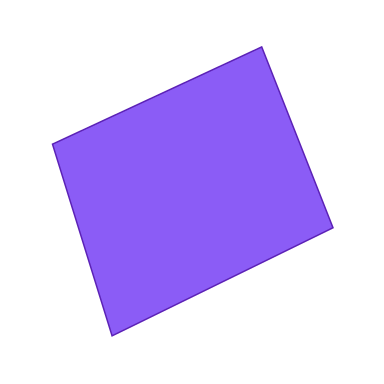 map outline of City of Saint George (orthographic projection), rotated 187°
{"feature_id": "BMU-5135", "entity_name": "City of Saint George", "entity_type": "state/province", "adm_level": 1, "iso_a3": "BMU", "parent_name": "Bermuda", "parent_adm1": "", "projection": "orthographic", "projection_center": [-64.674, 32.375], "detail": "fine", "context": "isolated", "style": "filled", "palette": "violet", "viewbox_px": 384, "rotation_deg": 187, "n_neighbors": 0, "source": "natural_earth", "source_scale": "10m", "svg_char_len": 228}
<svg xmlns="http://www.w3.org/2000/svg" viewBox="0 0 384 384"><g transform="rotate(187 192 192)"><path d="M253.8,39.5L336.3,222.5L140.5,344.5L47.7,173.7L253.8,39.5Z" fill="#8b5cf6" stroke="#5b21b6" stroke-width="1.5"/></g></svg>